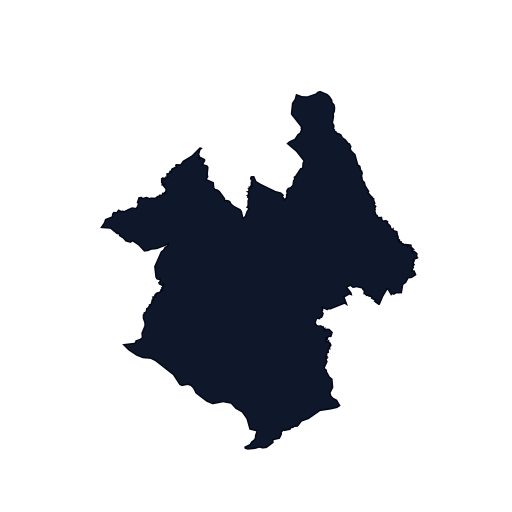 the district of Det Udom, Ubon Ratchathani, Thailand, rotated 117°
{"feature_id": "78962969B44207183673479", "entity_name": "Det Udom", "entity_type": "district", "adm_level": 2, "iso_a3": "THA", "parent_name": "Thailand", "parent_adm1": "Ubon Ratchathani", "projection": "mercator", "projection_center": [105.038, 14.829], "detail": "fine", "context": "isolated", "style": "filled", "palette": "ink", "viewbox_px": 512, "rotation_deg": 117, "n_neighbors": 0, "source": "geoboundaries", "source_scale": "gbopen_adm2", "svg_char_len": 6154}
<svg xmlns="http://www.w3.org/2000/svg" viewBox="0 0 512 512"><g transform="rotate(117 256 256)"><path d="M94.0,293.1L98.8,292.1L103.3,292.7L113.4,288.8L120.6,273.3L121.5,273.8L122.7,272.7L126.3,272.2L128.8,273.6L134.4,274.2L139.1,277.9L141.5,278.9L144.2,267.5L149.4,256.2L151.9,256.2L156.6,254.2L158.0,255.8L167.2,256.8L168.3,257.6L170.2,256.2L171.7,256.7L176.2,255.1L179.5,256.1L181.2,257.9L184.1,258.1L186.3,256.2L187.3,256.6L189.9,255.3L192.9,255.7L191.2,259.6L189.6,259.4L188.7,262.5L189.9,268.1L190.2,284.8L189.8,289.9L186.4,294.0L187.6,296.1L189.0,296.1L190.3,294.9L190.2,293.8L191.6,293.2L192.2,293.7L193.7,293.0L193.8,292.0L194.8,292.4L195.5,291.5L195.4,292.4L197.4,292.1L197.8,293.2L198.9,292.3L199.5,293.1L200.1,292.1L202.1,291.8L202.5,292.4L202.6,291.4L205.3,290.4L206.0,291.0L206.1,289.9L207.3,290.1L208.1,287.9L210.0,288.2L215.1,285.7L216.6,286.1L216.7,283.6L220.5,284.1L225.5,283.4L228.7,284.6L223.0,289.3L222.0,291.3L222.0,298.1L221.2,301.6L219.5,304.2L219.5,306.2L220.9,309.1L219.1,310.3L215.3,317.8L214.8,320.2L215.4,322.6L214.6,324.5L210.1,327.4L210.6,334.6L209.8,335.3L207.2,335.1L205.5,336.6L199.0,339.1L198.1,340.5L198.9,345.3L194.3,345.1L193.5,345.7L193.5,350.4L195.2,351.0L192.5,352.1L191.7,353.3L186.7,354.3L185.0,353.6L185.2,354.9L195.9,358.3L204.7,363.8L209.0,364.3L210.9,368.5L211.8,368.5L212.6,367.2L216.6,370.3L220.3,369.9L219.8,370.9L222.3,370.9L223.1,372.5L224.8,371.7L224.9,370.6L226.6,371.1L226.5,371.9L228.2,371.7L228.1,372.7L229.4,373.3L228.7,374.4L230.1,375.1L233.5,373.3L233.6,372.0L235.0,372.0L233.8,370.1L235.3,370.7L236.9,366.7L238.7,365.8L240.3,365.5L240.9,366.2L241.8,365.6L242.5,367.5L244.7,367.2L245.7,369.5L246.8,369.3L247.6,370.6L250.4,371.9L252.2,375.9L253.2,376.3L253.6,380.2L256.3,382.9L256.6,383.7L255.8,384.4L257.2,386.6L262.1,385.9L262.4,384.7L264.3,384.0L268.1,384.1L269.6,388.3L270.9,389.3L271.5,389.0L271.9,390.2L276.3,393.4L276.8,395.4L277.6,395.7L277.6,399.2L280.7,399.7L281.8,402.4L283.6,402.7L286.4,401.7L291.8,406.5L295.3,406.0L300.7,406.7L297.1,398.2L299.0,389.9L297.9,389.8L298.7,387.4L299.7,386.8L300.1,382.4L301.6,378.5L300.6,374.1L298.4,373.0L299.2,365.6L302.1,357.7L300.0,354.7L297.6,352.8L294.3,347.8L285.2,339.6L287.3,339.1L289.5,340.8L293.0,341.0L295.2,342.2L311.4,341.3L320.3,335.4L321.3,333.6L320.4,330.8L322.0,329.8L323.9,330.4L324.7,329.4L324.7,326.3L323.3,325.7L324.5,325.0L326.9,325.2L326.8,325.9L327.5,324.8L329.2,325.2L329.3,324.2L329.7,324.9L330.7,323.7L330.3,325.0L332.0,325.1L333.8,327.3L336.1,328.3L336.4,327.6L337.3,328.1L338.1,327.4L339.3,329.0L339.6,328.2L340.3,328.7L341.3,327.7L342.1,328.4L342.6,327.6L343.1,328.2L346.9,327.4L347.6,328.3L347.8,327.7L349.2,328.5L351.1,328.3L352.4,329.4L355.5,328.4L357.5,329.6L357.7,329.0L359.5,329.6L362.5,328.1L365.7,324.7L368.6,323.1L376.5,322.5L380.3,320.1L382.9,321.2L386.1,324.3L388.2,324.0L389.2,324.7L395.1,333.5L397.3,326.7L398.4,317.3L397.8,310.7L394.8,303.4L394.7,298.1L399.1,275.6L404.9,265.6L404.9,263.2L401.3,258.7L400.7,255.2L401.9,251.6L405.2,247.1L407.6,233.8L407.1,227.5L400.6,219.2L398.3,211.3L400.8,204.7L401.1,197.4L405.0,190.0L412.9,182.8L411.2,175.5L416.3,174.8L418.1,173.8L420.7,173.9L423.6,175.3L426.8,175.6L431.3,179.0L432.1,178.3L431.6,175.6L427.9,169.8L424.7,166.4L423.8,162.8L421.8,159.9L414.4,156.3L412.1,157.7L407.7,152.5L403.3,152.6L401.6,153.6L398.6,152.8L398.5,151.6L394.9,147.1L393.3,147.2L391.7,145.2L390.6,145.0L388.7,141.9L382.4,140.7L377.0,135.6L364.6,129.0L357.9,119.7L354.1,115.2L351.3,113.6L348.0,118.8L347.9,123.1L346.8,125.8L344.4,128.1L338.3,128.1L331.3,132.5L330.6,135.8L327.2,140.8L325.9,141.5L325.5,143.6L324.4,144.6L317.9,144.9L316.2,147.0L314.8,146.4L314.3,147.6L313.6,146.8L313.4,147.6L310.2,149.0L309.0,147.9L306.7,149.3L305.2,149.2L305.2,148.3L302.7,149.7L302.4,148.8L301.5,148.8L299.9,150.8L300.1,152.1L298.7,152.8L300.3,154.4L300.1,155.0L298.1,155.1L298.7,156.3L297.2,156.2L297.4,154.8L296.2,155.5L294.5,154.5L293.6,152.8L289.6,153.5L288.3,157.5L289.0,159.4L291.0,161.2L289.3,161.7L290.0,162.4L288.6,164.2L289.3,164.7L288.8,166.4L290.1,168.2L290.5,170.4L288.8,173.0L284.8,173.7L283.6,173.2L283.0,171.0L282.3,171.3L280.8,169.8L278.6,169.8L276.6,170.3L275.7,172.2L273.8,172.1L271.8,173.6L271.2,168.0L270.1,167.8L269.4,165.9L257.7,155.7L257.9,153.4L252.6,159.1L247.3,155.6L247.1,153.6L245.7,154.8L242.7,161.3L239.1,158.6L239.8,155.3L237.6,152.6L236.1,146.7L237.3,145.4L237.6,143.7L240.5,142.6L240.1,141.5L240.9,139.5L239.8,138.3L240.4,137.6L239.8,135.0L240.2,133.8L241.0,133.8L241.1,129.7L241.8,129.1L242.4,129.6L242.9,127.5L242.3,127.0L243.0,126.3L242.3,125.3L243.3,124.9L243.0,124.3L234.4,124.9L226.1,124.4L225.5,123.3L228.9,118.1L227.7,117.8L227.3,115.8L225.2,114.6L222.7,109.9L214.7,112.4L211.5,110.7L206.5,110.7L204.5,107.8L200.2,105.3L197.6,108.4L198.6,109.8L197.4,110.7L194.6,110.7L194.0,111.8L191.9,111.2L191.3,112.7L188.4,113.0L188.7,113.8L187.6,114.1L184.3,111.3L183.4,112.8L180.9,113.7L180.1,116.8L180.1,117.5L181.2,117.7L180.6,118.2L180.9,119.1L180.0,119.0L179.4,120.3L178.5,118.9L177.7,121.8L176.0,122.9L177.0,125.6L178.1,125.4L177.4,126.1L177.6,127.5L179.2,129.9L178.4,130.2L178.6,131.9L177.5,133.2L178.4,134.6L177.0,135.2L177.5,136.2L176.5,136.0L176.2,138.2L175.9,137.4L175.1,137.7L173.7,138.8L174.2,139.8L172.6,139.9L170.4,141.6L171.0,144.6L170.8,145.6L169.6,146.2L170.7,146.7L170.3,148.3L168.3,150.2L167.1,154.1L165.6,154.4L165.6,156.3L167.4,158.8L166.2,160.8L164.7,161.7L166.5,164.7L165.0,166.4L164.9,167.9L162.0,170.7L160.3,171.0L160.2,171.9L157.4,171.9L156.9,173.9L156.0,174.7L155.1,174.1L152.5,177.0L151.7,177.0L151.7,178.7L150.9,179.0L151.3,180.2L150.8,180.1L148.7,185.1L147.3,185.0L143.9,190.7L141.3,192.8L140.4,195.6L137.7,197.5L137.9,198.1L134.0,199.0L132.5,200.4L132.1,201.8L129.1,204.1L128.8,205.2L129.4,205.3L128.4,207.0L120.8,213.9L119.2,219.1L117.2,221.3L115.6,221.1L113.7,223.7L114.2,224.3L112.0,229.3L111.5,232.8L109.6,235.3L109.5,237.9L110.3,239.5L109.3,240.4L109.3,242.6L108.0,243.4L108.0,244.5L104.5,245.8L102.8,248.4L96.6,250.3L94.2,251.9L91.6,251.9L88.1,253.4L86.1,254.9L84.8,258.0L82.8,259.4L80.8,262.9L79.9,265.8L80.4,273.4L82.0,275.1L84.6,276.1L91.0,282.3L93.3,287.3L94.0,293.1Z" fill="#0f172a" stroke="#020617" stroke-width="1.5"/></g></svg>